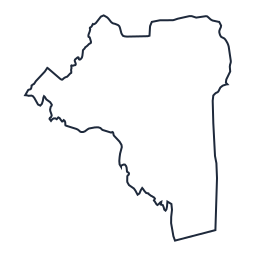 Cavally, Equal Earth projection
{"feature_id": "CIV-3459", "entity_name": "Cavally", "entity_type": "Department", "adm_level": 1, "iso_a3": "CIV", "parent_name": "Ivory Coast", "parent_adm1": "", "projection": "equal_earth", "projection_center": [-7.856, 6.298], "detail": "fine", "context": "isolated", "style": "outline", "palette": "slate", "viewbox_px": 256, "rotation_deg": 0, "n_neighbors": 0, "source": "natural_earth", "source_scale": "10m", "svg_char_len": 3326}
<svg xmlns="http://www.w3.org/2000/svg" viewBox="0 0 256 256"><path d="M34.1,83.9L35.8,81.2L44.8,71.6L47.3,67.9L48.1,68.4L60.3,78.9L61.5,79.6L62.4,79.6L63.8,78.3L64.8,77.6L66.4,76.9L67.2,76.7L70.2,73.5L71.2,72.9L71.3,71.8L71.2,71.0L71.1,70.1L71.2,69.2L71.5,68.1L71.4,67.2L71.2,65.8L71.5,65.4L72.8,65.7L73.4,65.6L74.0,65.3L75.3,65.1L75.7,64.6L75.7,63.5L74.8,61.1L74.7,60.5L75.1,59.5L77.6,57.4L78.4,57.4L78.7,57.9L78.7,58.6L79.0,59.3L79.4,59.6L80.1,59.5L80.9,58.9L81.9,57.6L82.4,55.7L82.8,52.3L82.9,50.7L83.1,50.0L84.6,48.5L85.3,47.2L86.0,46.8L87.5,45.6L88.6,44.4L89.6,43.6L90.4,43.3L90.9,42.8L91.0,41.8L89.8,37.7L89.5,37.2L89.0,37.1L88.6,36.9L88.4,36.3L88.4,35.4L88.6,34.4L89.7,31.5L90.2,29.3L89.8,28.1L90.0,27.6L90.9,27.1L91.6,26.5L92.2,25.4L92.5,24.6L92.9,24.0L93.5,24.3L94.5,24.0L95.9,23.0L100.9,16.6L103.7,15.4L106.9,17.2L107.5,17.7L108.5,18.7L111.1,22.0L112.2,22.9L113.1,23.4L114.9,23.8L117.9,25.0L118.8,25.7L119.4,26.4L120.0,28.0L121.4,33.3L122.0,34.4L123.1,35.9L124.9,36.4L127.0,36.6L147.8,36.2L149.5,35.7L150.0,27.0L150.2,25.8L151.8,21.9L159.8,20.3L173.0,20.2L174.2,19.9L177.8,18.7L189.5,16.1L191.2,16.1L191.9,16.2L196.2,17.6L205.7,16.2L207.0,16.3L207.6,16.7L210.7,19.5L212.5,20.5L218.4,21.8L219.2,21.9L221.1,25.6L220.8,27.3L220.4,28.1L219.9,29.2L219.3,31.0L219.3,32.3L219.6,33.6L220.1,35.1L220.6,36.0L221.1,36.8L221.6,37.1L224.2,38.4L225.0,39.2L225.9,40.4L227.4,43.0L228.1,44.6L228.7,46.6L230.8,61.0L230.8,62.0L230.6,62.9L230.4,63.7L230.1,64.5L229.8,66.7L230.2,71.5L226.3,79.5L225.9,82.4L226.3,83.1L227.4,84.3L226.4,84.4L223.1,85.5L222.5,85.8L220.5,87.4L220.2,87.8L218.6,91.0L218.2,91.6L217.7,92.1L217.2,92.4L216.6,92.6L215.7,93.1L214.7,94.0L213.3,95.5L212.7,100.8L213.3,123.1L215.0,156.0L216.4,163.2L217.0,178.2L215.4,230.1L177.3,240.0L175.0,240.6L173.4,236.2L171.1,223.1L171.2,216.9L172.0,209.8L171.4,204.0L167.4,201.6L167.0,206.6L166.4,209.4L165.5,210.6L164.3,209.6L163.7,207.3L162.8,205.1L160.9,204.6L161.3,201.8L160.4,202.3L158.8,204.0L157.4,205.0L156.5,204.3L154.8,201.5L153.9,200.5L154.9,198.7L154.2,197.6L151.6,196.0L151.2,195.9L148.6,194.0L148.4,193.4L146.2,193.0L144.4,191.0L143.0,188.9L142.2,188.0L140.8,190.2L139.4,193.5L137.6,194.7L135.4,190.6L133.9,188.5L129.0,185.1L127.4,182.3L127.2,181.1L127.3,176.4L127.6,175.6L128.7,174.7L129.0,173.8L128.7,172.8L128.1,172.3L127.4,172.1L127.0,171.5L126.6,167.6L126.1,166.1L124.9,164.6L123.8,164.5L122.2,165.1L121.0,165.9L121.0,166.7L119.6,164.4L119.3,161.0L119.6,157.2L120.1,153.6L121.8,147.1L121.5,144.9L119.6,141.7L114.0,135.7L113.6,134.9L113.2,132.9L113.0,132.4L112.3,132.0L111.7,132.3L111.1,132.6L110.5,132.4L102.4,129.9L100.4,128.0L98.2,127.3L94.9,127.4L89.0,128.5L87.6,129.3L84.8,131.4L83.1,132.0L81.1,132.0L80.0,131.5L79.2,130.7L77.8,129.6L76.3,128.9L66.7,125.9L65.5,125.4L65.3,124.7L65.3,123.5L65.2,122.2L64.6,120.8L63.7,120.1L63.2,120.7L62.7,121.4L62.1,121.5L60.8,119.9L59.6,118.1L58.3,117.4L56.7,119.2L55.4,118.4L53.8,118.4L52.3,119.2L51.0,120.9L49.5,118.9L49.9,117.9L51.1,117.0L51.7,115.5L51.4,114.2L50.3,111.1L50.1,109.5L50.7,106.8L51.6,105.7L51.8,104.7L50.2,102.2L46.3,99.4L44.8,96.9L44.0,96.2L43.4,97.6L42.9,100.7L41.9,103.8L40.3,105.6L38.0,104.5L34.3,97.9L32.9,96.2L31.5,95.6L28.5,95.8L27.3,95.4L25.2,95.2L28.2,90.0L28.8,89.7L30.3,89.3L30.9,88.8L31.2,88.1L31.7,85.8L31.6,85.5L33.8,83.9L34.1,83.9Z" fill="none" stroke="#1e293b" stroke-width="2"/></svg>